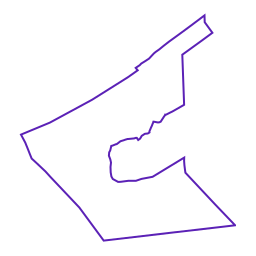 the district of Burg al-Arab, Matruh, Egypt
{"feature_id": "37247803B42052057109088", "entity_name": "Burg al-Arab", "entity_type": "district", "adm_level": 2, "iso_a3": "EGY", "parent_name": "Egypt", "parent_adm1": "Matruh", "projection": "albers", "projection_center": [29.569, 30.901], "detail": "fine", "context": "isolated", "style": "outline", "palette": "violet", "viewbox_px": 256, "rotation_deg": 0, "n_neighbors": 0, "source": "geoboundaries", "source_scale": "gbopen_adm2", "svg_char_len": 2171}
<svg xmlns="http://www.w3.org/2000/svg" viewBox="0 0 256 256"><path d="M176.5,232.1L219.7,227.1L221.5,226.9L235.0,225.3L235.0,225.2L215.2,204.5L185.4,172.7L184.9,169.1L184.4,165.1L184.1,160.9L184.2,157.6L152.6,176.8L141.5,178.9L135.9,180.8L128.4,180.8L125.3,181.2L120.7,181.8L118.1,181.9L112.8,179.0L111.4,176.5L110.7,172.4L110.5,167.0L111.0,162.6L110.3,159.4L108.9,155.7L109.2,152.3L110.2,150.5L111.3,145.9L112.3,145.7L116.0,144.2L116.5,144.2L116.9,144.0L117.5,143.5L118.4,142.9L118.5,142.8L118.8,142.5L119.5,142.0L119.9,141.7L120.0,141.6L120.2,141.4L120.9,141.1L123.9,140.2L125.2,139.7L126.9,139.2L127.2,139.1L127.5,139.0L128.2,139.0L134.3,138.4L135.3,138.0L135.7,137.9L136.1,137.9L136.7,137.9L136.8,137.9L136.9,138.0L137.3,138.6L137.4,138.8L138.2,140.0L138.9,139.5L139.3,139.2L139.9,138.8L140.2,138.5L140.4,138.1L140.6,137.7L140.9,137.4L141.1,136.9L141.5,136.2L141.8,135.8L142.6,135.3L144.1,134.3L144.7,133.9L145.1,133.8L145.7,133.7L146.9,133.6L147.1,133.5L147.6,133.5L148.1,133.3L148.4,133.2L149.2,132.6L149.5,132.4L149.4,132.0L149.4,131.5L149.6,130.9L150.4,129.1L150.5,128.8L151.0,127.6L151.9,125.7L152.7,123.6L153.1,122.8L153.4,121.7L154.0,121.7L154.2,121.8L155.0,121.9L157.0,122.3L157.4,122.4L157.6,122.4L158.4,122.4L159.0,122.4L160.0,122.0L160.7,121.7L160.8,121.5L161.4,120.6L162.3,119.2L163.1,118.0L163.9,116.7L164.1,116.5L164.7,115.6L164.9,115.3L165.1,114.9L165.3,115.1L165.7,114.8L166.4,114.5L166.6,114.4L170.3,112.5L172.0,111.7L173.1,111.1L184.1,104.8L184.0,101.6L182.3,54.7L202.2,40.3L212.4,32.8L204.7,22.2L204.5,15.4L192.8,24.2L192.7,24.3L179.0,34.4L175.0,37.3L169.2,41.5L164.8,44.9L164.2,45.4L163.9,45.6L160.6,48.3L159.4,49.3L155.7,51.9L153.9,53.4L152.3,55.1L152.1,55.3L150.9,56.6L149.9,57.7L149.5,58.1L148.9,58.7L148.8,58.8L147.5,59.6L146.0,60.6L144.6,61.5L142.0,63.1L141.2,63.6L139.7,65.2L137.9,66.4L136.4,67.4L135.7,67.9L137.7,70.3L128.1,77.1L92.0,99.8L49.9,122.6L21.0,134.6L25.3,142.7L26.5,145.7L26.9,146.6L27.8,148.9L27.9,149.1L29.7,153.7L31.6,158.4L31.7,158.6L33.8,160.5L40.1,166.4L41.9,168.1L45.2,171.2L45.5,171.5L50.3,176.8L72.8,200.6L79.5,207.7L79.6,207.9L103.7,240.6L175.5,232.2L176.5,232.1Z" fill="none" stroke="#5b21b6" stroke-width="2"/></svg>